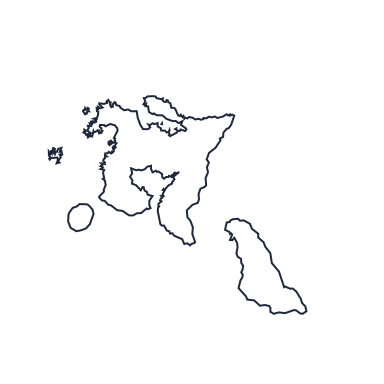 the district of Bima, Nusa Tenggara Barat, Indonesia, rotated 200°
{"feature_id": "22746128B14082340634491", "entity_name": "Bima", "entity_type": "district", "adm_level": 2, "iso_a3": "IDN", "parent_name": "Indonesia", "parent_adm1": "Nusa Tenggara Barat", "projection": "robinson", "projection_center": [118.835, -8.483], "detail": "fine", "context": "isolated", "style": "outline", "palette": "slate", "viewbox_px": 384, "rotation_deg": 200, "n_neighbors": 0, "source": "geoboundaries", "source_scale": "gbopen_adm2", "svg_char_len": 6152}
<svg xmlns="http://www.w3.org/2000/svg" viewBox="0 0 384 384"><g transform="rotate(200 192 192)"><path d="M222.9,194.9L221.6,197.1L219.3,198.1L219.2,199.3L215.7,199.2L216.7,200.9L215.4,202.1L215.1,204.2L212.8,204.4L210.9,206.5L214.8,199.8L212.8,197.9L214.1,194.4L213.6,193.1L216.2,190.4L217.7,187.0L218.8,180.7L218.1,178.9L218.9,178.4L217.6,178.3L218.7,177.2L217.1,176.6L218.3,176.6L219.1,174.9L218.7,173.6L219.9,173.4L217.5,172.8L219.5,169.4L218.8,167.3L218.0,167.3L218.5,165.2L217.6,162.3L210.7,150.9L208.7,150.1L206.9,150.9L202.5,147.2L199.9,147.3L198.4,145.4L196.4,146.5L193.6,144.8L185.1,144.3L181.5,140.5L178.8,142.2L175.6,141.1L174.8,143.0L172.6,144.6L171.9,145.9L177.3,152.6L179.2,159.3L183.9,164.6L187.7,166.8L190.6,173.0L187.1,180.2L182.9,183.7L182.9,187.4L185.2,192.5L185.2,197.9L181.6,201.4L181.0,203.2L184.0,209.7L183.7,216.0L186.4,220.3L186.2,225.5L189.3,227.6L189.4,234.5L185.0,241.7L182.9,250.3L184.2,251.7L181.6,254.4L182.8,258.5L181.0,263.3L179.4,264.4L178.2,268.5L178.4,278.2L180.7,278.5L182.3,276.8L183.0,277.9L184.4,276.3L186.2,276.8L188.5,273.7L193.5,270.2L196.4,270.8L198.9,268.9L201.9,268.5L203.5,266.3L206.5,265.4L206.2,264.4L208.5,262.9L210.7,263.1L213.7,261.3L216.8,262.0L220.3,261.5L221.7,259.5L223.7,259.5L224.2,258.4L226.0,260.5L226.5,259.1L229.0,260.8L229.4,259.1L231.3,259.3L236.1,264.3L237.7,264.9L240.3,264.1L242.6,267.9L245.3,268.4L246.0,269.8L247.3,269.7L247.5,267.6L249.1,267.2L251.1,268.2L251.4,269.9L252.5,268.8L257.3,268.0L258.8,269.3L261.5,268.7L266.5,266.6L268.0,264.2L269.3,263.8L266.8,261.1L267.6,257.8L266.4,257.5L265.3,258.9L265.1,256.7L262.6,257.5L259.8,252.5L257.2,251.9L255.2,251.8L254.8,252.8L251.5,252.1L245.8,253.9L241.2,252.0L234.3,252.0L231.6,253.2L229.1,252.3L227.6,252.5L225.3,255.2L225.3,251.3L219.6,249.7L218.7,248.8L219.3,246.9L224.1,246.9L224.4,245.1L226.2,244.8L226.6,242.6L231.7,237.0L233.1,237.4L232.7,238.4L234.5,240.6L235.9,239.3L238.5,240.4L242.0,239.2L243.2,241.3L246.6,241.8L247.9,245.0L250.5,242.9L252.4,243.2L254.5,240.4L255.8,240.4L253.4,238.6L254.5,236.2L259.5,234.3L263.5,237.4L268.4,243.2L271.6,249.0L276.6,247.1L280.3,247.7L283.7,245.6L288.1,246.7L289.4,248.1L292.8,247.7L294.4,249.8L295.0,249.0L295.6,249.6L296.6,247.0L295.5,245.2L296.8,244.1L298.7,245.6L299.1,248.2L299.8,247.8L302.1,249.9L303.3,248.1L302.3,246.6L304.8,244.7L309.5,243.6L309.1,242.6L304.9,240.8L306.9,239.3L309.6,239.9L308.6,237.8L310.2,238.1L309.0,235.4L307.5,235.2L306.7,232.6L306.6,229.3L309.4,227.2L306.5,227.2L306.9,225.8L305.4,225.0L307.5,225.1L307.3,223.0L308.1,224.7L309.3,224.6L309.2,222.4L311.5,224.3L310.4,222.2L311.5,221.6L310.1,221.0L310.7,220.7L309.5,219.4L312.4,218.6L313.3,219.2L310.9,216.9L311.5,213.9L307.2,212.7L308.9,211.5L307.5,211.4L307.9,210.4L309.5,210.5L310.2,209.2L308.9,209.1L308.5,207.8L306.5,209.9L304.8,210.0L305.4,215.5L304.6,214.6L303.5,215.2L301.7,217.8L299.8,215.9L299.8,217.1L298.8,215.9L297.6,216.2L297.1,218.5L297.8,218.3L298.9,220.8L301.1,221.8L301.4,223.5L297.3,224.9L295.8,224.1L292.1,227.9L287.3,228.3L284.0,226.3L282.9,224.2L283.9,216.1L282.5,215.8L282.5,214.2L281.5,213.7L282.0,212.4L280.3,211.9L280.9,211.3L279.8,211.8L280.3,209.2L279.5,208.3L280.3,207.4L281.4,208.0L281.8,206.7L280.7,205.5L279.8,206.1L280.4,204.8L279.4,203.7L280.1,201.9L281.1,202.4L281.4,200.5L283.9,201.3L284.6,199.4L286.7,198.7L286.4,196.8L284.4,196.3L285.9,195.5L285.3,193.9L286.2,192.7L286.0,190.7L284.0,190.0L284.4,189.2L283.6,188.5L287.1,187.9L285.8,187.1L286.6,185.2L284.3,186.0L285.4,185.0L284.3,184.4L285.8,182.3L282.1,182.8L282.3,179.9L279.2,174.8L280.2,173.8L277.8,173.0L275.5,169.1L275.7,164.0L274.9,162.2L277.7,155.8L277.1,154.9L273.7,153.3L271.0,153.8L266.4,151.4L263.4,151.7L256.1,149.3L250.8,150.5L243.2,148.5L239.2,149.9L236.6,153.1L232.6,154.8L229.0,161.0L227.7,160.7L225.4,162.7L227.6,164.9L229.1,169.4L227.7,174.7L232.6,174.3L234.6,176.8L236.8,177.0L239.2,180.1L240.2,179.6L240.8,176.1L247.0,179.3L251.3,179.3L251.9,182.4L255.4,185.2L254.6,188.9L257.3,193.4L251.7,193.4L249.3,194.9L247.1,194.9L244.1,197.3L242.7,200.5L239.5,202.6L238.3,199.5L235.8,197.0L233.1,199.7L231.8,198.9L230.4,199.8L226.3,198.6L225.0,195.7L222.9,194.9ZM148.0,167.8L143.0,167.2L141.9,165.5L141.0,166.5L139.7,165.7L139.9,159.9L137.7,160.5L136.6,163.4L132.2,159.6L130.3,155.6L129.2,149.3L127.0,146.9L122.9,145.8L121.5,142.3L118.7,140.2L117.9,136.0L118.3,133.4L116.0,131.6L115.5,129.1L116.2,125.6L115.4,117.6L105.4,112.3L103.3,109.8L96.4,111.4L89.2,108.4L84.9,110.7L80.6,111.3L78.7,110.0L77.4,106.3L73.6,105.5L69.3,108.5L63.1,110.0L55.7,116.0L53.3,116.3L48.8,114.9L46.4,115.4L43.7,119.1L46.3,123.2L50.7,125.4L53.0,128.6L59.9,134.1L64.2,135.7L66.9,134.7L72.2,135.0L72.9,134.1L83.0,146.9L92.7,152.5L97.4,161.2L104.5,165.7L107.6,169.3L114.2,171.9L115.5,175.4L123.0,177.9L126.8,182.0L133.9,183.0L137.0,181.4L139.5,182.6L144.4,180.3L146.3,178.2L146.3,176.6L149.0,175.3L148.0,167.8ZM293.8,116.8L287.2,115.6L283.6,117.8L279.3,121.3L277.0,126.7L277.0,137.6L279.3,141.3L284.3,144.1L286.5,144.5L293.7,142.1L295.1,139.2L298.7,136.2L300.2,131.0L300.3,128.3L298.3,121.9L293.8,116.8ZM329.0,176.4L329.0,172.6L326.7,174.3L327.7,174.7L328.1,177.2L327.2,179.4L328.1,180.8L327.1,182.2L328.8,182.1L327.5,183.9L328.6,185.7L330.0,184.6L329.8,188.7L332.4,186.8L332.8,183.5L333.9,182.8L333.8,180.5L335.0,181.2L335.4,184.8L336.3,183.7L336.7,185.9L337.5,185.9L337.0,181.2L338.7,183.1L337.3,180.1L338.5,180.8L338.4,179.3L340.3,180.8L338.9,177.3L337.0,176.2L337.6,174.4L336.7,173.8L336.1,175.7L330.4,178.3L329.0,176.4ZM322.1,230.7L319.1,228.5L318.4,230.1L317.7,228.7L317.9,232.1L316.3,232.6L317.6,233.6L317.5,235.0L318.9,235.1L319.1,236.4L318.9,234.0L320.2,233.1L321.1,234.0L320.9,232.3L322.0,231.9L322.1,230.7ZM285.5,207.8L284.2,209.8L285.8,210.3L285.0,210.9L285.9,211.8L285.2,213.2L287.5,210.6L287.0,208.7L285.5,207.8ZM314.4,210.9L312.1,210.3L313.0,211.6L312.5,213.3L314.4,213.8L313.8,211.9L314.4,210.9ZM229.3,245.4L228.0,245.2L228.4,246.4L229.3,245.4ZM220.0,184.0L219.0,184.4L218.9,184.8L219.8,185.2L220.0,184.0ZM284.5,211.9L284.0,210.9L283.0,211.3L284.5,211.9ZM243.9,245.4L243.3,245.5L243.7,246.3L243.9,245.4ZM234.4,242.5L234.5,241.3L234.4,241.3L234.1,241.9L234.4,242.5Z" fill="none" stroke="#1e293b" stroke-width="2"/></g></svg>